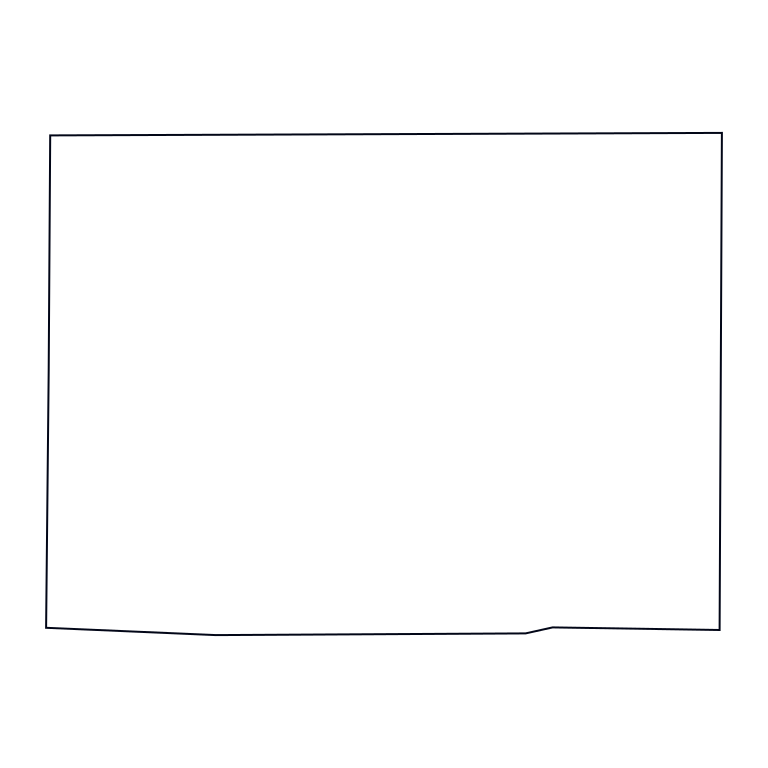 Williamson, Illinois, United States of America (Natural Earth projection)
{"feature_id": "52423323B83149544823658", "entity_name": "Williamson", "entity_type": "district", "adm_level": 2, "iso_a3": "USA", "parent_name": "United States of America", "parent_adm1": "Illinois", "projection": "natural_earth1", "projection_center": [-88.92, 37.73], "detail": "fine", "context": "isolated", "style": "outline", "palette": "ink", "viewbox_px": 768, "rotation_deg": 0, "n_neighbors": 0, "source": "geoboundaries", "source_scale": "gbopen_adm2", "svg_char_len": 232}
<svg xmlns="http://www.w3.org/2000/svg" viewBox="0 0 768 768"><path d="M721.9,132.9L50.2,135.4L48.7,370.0L46.1,627.8L215.9,635.1L525.6,633.4L552.6,627.4L719.6,630.0L721.9,132.9Z" fill="none" stroke="#020617" stroke-width="2"/></svg>